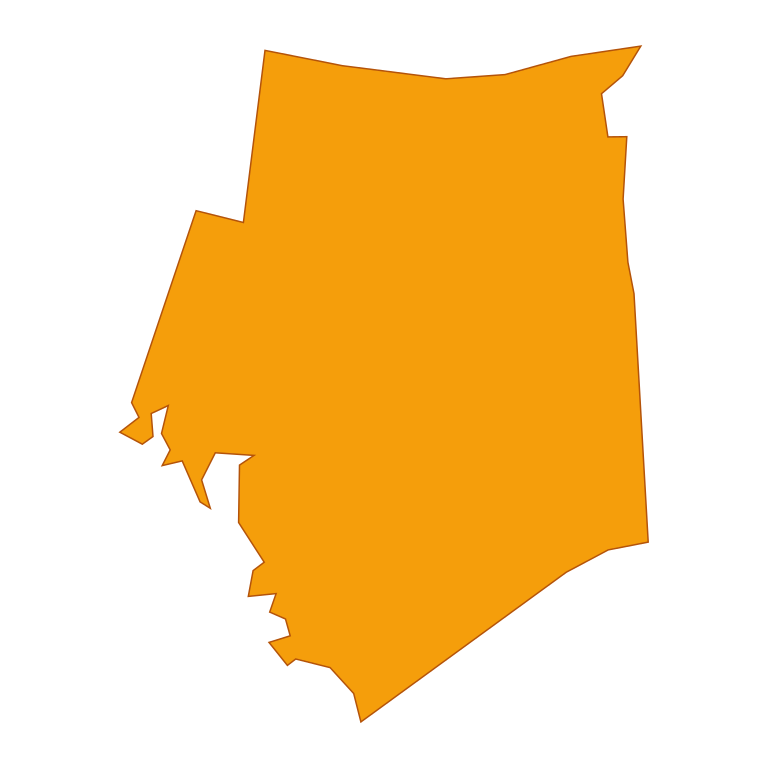 Barren, Kentucky, United States of America
{"feature_id": "52423323B4695420785133", "entity_name": "Barren", "entity_type": "district", "adm_level": 2, "iso_a3": "USA", "parent_name": "United States of America", "parent_adm1": "Kentucky", "projection": "orthographic", "projection_center": [-86.003, 36.946], "detail": "fine", "context": "isolated", "style": "filled", "palette": "amber", "viewbox_px": 768, "rotation_deg": 0, "n_neighbors": 0, "source": "geoboundaries", "source_scale": "gbopen_adm2", "svg_char_len": 736}
<svg xmlns="http://www.w3.org/2000/svg" viewBox="0 0 768 768"><path d="M196.1,210.7L162.0,312.1L131.6,402.6L139.0,417.4L119.8,432.2L142.3,444.2L153.0,436.5L151.2,413.5L168.3,405.5L161.5,433.5L170.2,449.9L162.2,465.6L182.2,460.9L200.1,501.9L210.3,508.3L201.6,479.9L215.3,452.8L254.0,455.4L239.5,465.1L238.6,522.5L264.2,562.2L253.1,570.6L248.3,596.4L276.1,593.6L269.7,612.1L285.5,619.0L290.2,635.8L269.0,642.4L287.4,665.4L295.7,659.0L330.1,667.6L353.7,693.5L360.9,721.9L566.3,572.2L608.2,549.9L648.2,542.1L634.0,293.7L627.9,262.2L623.1,199.1L626.8,136.7L607.9,136.9L601.5,93.7L622.7,75.7L640.8,46.1L571.0,56.4L505.0,74.6L445.7,78.8L342.3,65.7L265.0,50.4L243.4,222.5L196.1,210.7Z" fill="#f59e0b" stroke="#b45309" stroke-width="1.5"/></svg>